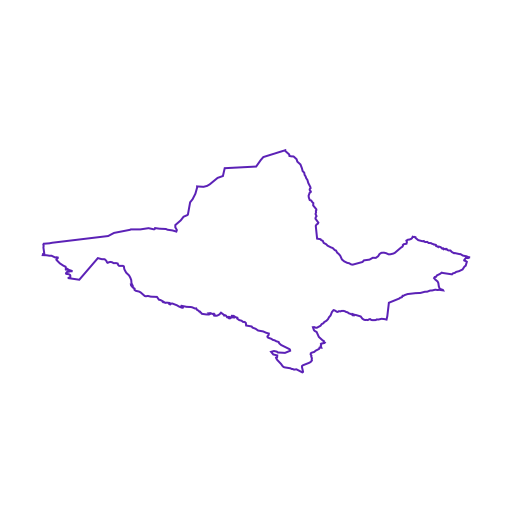 Samburu North, Rift Valley, Kenya, rotated 278°
{"feature_id": "3690345B53062225546696", "entity_name": "Samburu North", "entity_type": "district", "adm_level": 2, "iso_a3": "KEN", "parent_name": "Kenya", "parent_adm1": "Rift Valley", "projection": "equal_earth", "projection_center": [36.739, 1.705], "detail": "fine", "context": "isolated", "style": "outline", "palette": "violet", "viewbox_px": 512, "rotation_deg": 278, "n_neighbors": 0, "source": "geoboundaries", "source_scale": "gbopen_adm2", "svg_char_len": 6124}
<svg xmlns="http://www.w3.org/2000/svg" viewBox="0 0 512 512"><g transform="rotate(278 256 256)"><path d="M209.1,75.1L208.0,72.7L207.9,84.3L231.9,99.7L231.4,103.6L231.7,106.3L231.5,107.0L230.2,108.6L228.9,109.4L228.6,110.1L229.5,111.5L229.9,112.9L229.7,114.6L229.1,115.9L229.5,118.4L229.3,120.1L227.9,120.8L227.2,121.8L227.7,125.6L227.3,126.6L224.7,127.4L223.5,128.2L221.4,129.8L219.1,133.0L217.1,134.5L214.8,135.8L211.7,136.5L209.9,137.7L210.1,136.2L209.5,136.4L207.7,138.4L206.8,140.3L205.7,140.3L205.4,140.6L204.8,141.9L204.5,145.1L203.9,146.8L200.9,151.4L200.8,152.6L201.4,154.5L201.1,157.5L201.7,163.6L199.2,166.0L199.1,167.5L198.3,169.7L198.0,170.4L197.5,170.2L197.3,170.5L197.4,172.0L197.0,172.5L197.0,173.0L197.4,174.1L197.5,177.7L197.0,176.7L196.7,176.6L196.3,176.8L196.1,177.8L197.1,178.7L197.3,179.8L196.2,184.5L195.2,186.9L194.5,189.9L194.6,190.7L194.9,190.8L195.4,190.6L196.0,189.0L196.3,189.1L196.0,194.4L196.4,198.5L196.3,200.0L195.5,202.9L195.8,204.1L194.6,204.9L193.8,206.8L193.2,207.4L193.1,208.4L192.4,208.7L192.2,209.5L191.3,210.3L191.2,211.0L191.2,214.7L191.5,217.5L192.0,218.3L192.7,217.3L193.1,218.8L192.5,221.3L193.0,222.3L192.5,223.0L191.5,222.6L191.1,222.9L191.3,225.0L191.7,226.1L193.0,227.9L195.0,229.2L193.4,232.1L192.6,232.8L193.1,233.4L192.7,234.7L191.4,235.8L192.0,237.6L191.9,238.3L190.8,237.5L190.5,238.1L190.8,239.3L191.9,240.3L192.0,242.3L192.7,241.9L193.1,240.4L193.4,240.4L193.6,242.2L192.6,244.2L192.3,246.1L191.4,246.1L190.2,248.3L189.9,250.7L188.9,252.4L189.1,253.5L189.0,254.2L188.2,255.3L185.8,255.9L185.6,261.5L184.6,262.5L183.9,265.7L182.5,268.4L182.3,273.6L181.4,276.7L181.0,279.5L179.5,279.5L178.0,278.5L177.5,278.6L176.8,279.4L176.1,282.8L175.3,284.2L175.1,286.2L174.4,287.9L174.0,290.4L172.8,291.1L171.4,293.2L168.4,302.2L167.7,302.8L166.9,303.0L164.1,298.2L163.5,291.0L164.2,289.9L164.4,287.0L163.2,284.3L160.9,286.8L160.5,290.9L158.8,291.0L158.3,290.8L158.1,290.0L157.6,290.2L156.1,291.4L152.6,295.8L150.7,297.6L149.9,298.8L149.7,300.0L149.6,305.7L149.1,307.0L149.2,308.0L148.8,309.5L149.4,311.8L147.2,318.1L147.6,318.6L147.9,318.7L152.6,316.9L153.5,316.9L154.4,317.8L157.5,323.3L158.6,324.8L160.3,325.9L161.6,325.5L162.6,325.6L164.0,324.7L165.0,324.8L166.1,323.8L167.3,323.8L168.1,324.8L169.1,327.0L170.6,328.3L172.7,331.3L174.2,331.7L174.3,333.5L176.1,332.6L176.9,332.9L178.0,332.5L178.4,332.9L178.8,334.3L179.4,335.9L179.8,336.2L180.5,335.0L181.2,335.0L181.8,333.6L184.6,329.5L189.2,326.6L190.0,324.5L190.8,323.6L193.4,322.3L193.7,323.5L193.3,325.1L193.4,326.2L195.9,329.6L197.7,330.5L198.8,332.1L200.0,332.7L201.7,334.8L203.5,336.1L205.5,336.8L207.4,338.1L211.1,339.0L213.2,340.3L213.1,341.4L212.0,343.9L212.0,344.7L212.9,345.8L212.9,347.3L213.5,348.3L213.8,350.1L213.7,351.5L213.1,353.1L213.0,354.5L212.2,355.8L211.6,358.8L210.7,360.2L210.8,360.9L211.8,360.4L211.4,362.2L211.5,363.0L210.7,368.1L208.7,370.1L207.9,371.9L207.8,373.1L208.1,374.2L208.1,375.6L209.0,376.8L209.4,377.7L208.7,379.1L208.7,380.2L209.2,383.5L210.0,384.4L210.1,386.0L211.3,389.1L211.4,391.9L211.2,394.1L214.7,394.4L228.2,394.1L233.9,403.9L234.6,404.4L235.5,406.2L237.0,406.7L237.0,407.5L237.9,408.5L239.4,411.4L241.4,419.1L242.3,424.0L244.1,428.2L244.5,430.5L246.0,433.2L246.4,435.3L247.6,438.2L247.6,440.7L248.0,442.0L248.0,446.1L248.4,445.8L249.1,442.5L251.3,441.3L254.6,440.3L256.0,439.4L257.7,436.7L258.9,435.4L260.0,435.9L260.4,437.1L262.0,437.9L263.8,440.6L265.4,442.3L265.2,443.1L265.1,452.6L266.1,453.3L267.1,455.4L268.1,456.4L269.2,459.1L271.4,462.4L274.5,463.9L275.6,465.0L279.6,465.6L280.2,464.5L280.4,463.0L280.8,462.7L283.2,464.0L283.5,466.4L284.3,467.5L284.4,468.2L284.5,466.0L285.0,464.6L285.2,460.8L286.3,458.3L286.2,457.2L286.6,452.3L286.3,451.8L287.3,449.2L288.5,447.8L288.3,445.8L288.6,444.7L289.5,443.8L289.0,443.1L289.4,442.5L289.3,441.8L288.7,440.9L289.0,440.4L289.7,440.0L289.3,439.2L290.5,437.6L290.8,435.6L290.7,435.2L290.3,435.1L290.9,433.9L290.8,433.3L291.0,432.9L292.0,432.6L292.2,431.3L292.0,430.8L292.3,430.4L292.7,428.3L293.1,427.5L292.9,425.1L293.8,423.6L293.4,422.0L293.6,420.6L294.2,420.1L293.8,418.7L294.3,414.4L296.1,411.5L296.8,411.3L297.0,410.2L296.7,409.2L296.9,408.5L295.2,407.9L294.6,407.3L293.7,405.8L293.3,404.2L292.2,402.8L290.8,403.5L289.1,403.3L288.2,400.6L287.3,399.9L286.7,400.1L285.6,399.7L284.6,398.5L278.4,393.0L277.5,391.6L276.4,388.8L276.1,387.1L276.9,384.4L277.1,382.2L276.6,379.7L275.1,378.0L272.8,377.0L270.8,374.9L270.5,371.9L268.2,368.9L266.7,363.5L264.9,362.3L260.9,353.0L260.9,351.4L261.8,349.2L261.9,347.3L263.0,344.0L264.5,341.6L268.1,339.3L269.7,337.4L270.6,335.9L272.5,334.5L272.8,333.2L274.6,330.8L274.9,329.2L276.2,325.4L277.4,323.9L278.4,321.2L280.3,320.0L280.8,318.3L281.6,317.6L281.7,314.1L294.1,311.0L295.5,311.5L296.7,312.8L297.7,313.1L301.2,309.7L302.5,309.7L303.9,310.4L305.9,309.1L307.6,309.4L308.9,309.0L309.9,309.4L310.7,309.2L314.0,305.6L316.4,305.4L317.2,304.2L318.6,303.0L318.9,301.4L321.2,300.2L322.9,299.7L326.0,300.3L326.9,301.3L327.6,301.3L328.2,300.4L329.1,299.9L330.0,300.0L330.8,300.6L331.9,300.2L335.6,297.6L338.5,296.3L340.0,294.9L341.8,294.0L343.0,292.9L345.3,292.1L346.5,290.4L349.2,289.3L352.8,287.3L355.2,283.8L357.5,282.7L359.6,279.7L359.8,279.0L359.6,277.7L359.7,275.2L361.2,274.7L364.1,270.3L364.8,270.2L355.0,249.5L351.6,247.3L344.6,243.7L338.6,212.8L330.6,212.1L328.0,207.1L320.5,200.2L318.6,197.8L317.2,194.4L316.7,188.0L315.9,188.2L309.2,187.3L303.4,185.3L300.0,183.3L287.6,182.8L287.0,182.4L284.8,178.8L280.8,176.5L275.4,171.8L273.2,172.1L270.7,174.0L269.1,173.7L269.7,169.7L269.7,164.7L270.2,163.0L269.6,156.6L269.6,152.2L268.8,152.1L268.2,151.3L268.6,145.7L266.2,137.6L264.9,128.3L264.4,127.6L259.1,112.2L255.2,106.8L240.8,52.5L239.8,49.6L238.6,44.1L237.6,43.8L236.6,44.3L234.8,44.3L228.9,46.0L228.5,44.9L227.2,44.7L227.6,48.6L227.5,51.5L227.8,53.5L226.6,57.3L227.0,58.6L226.9,59.9L226.4,60.0L224.8,58.8L224.3,59.0L221.4,62.8L219.6,66.6L218.9,68.9L217.6,69.4L217.1,70.6L216.3,69.5L216.1,69.6L216.2,72.6L215.7,75.3L215.2,76.4L215.2,72.4L214.5,73.0L213.8,71.0L212.9,70.4L212.2,70.3L211.9,70.6L211.9,73.1L211.4,74.4L210.9,74.8L209.1,75.1Z" fill="none" stroke="#5b21b6" stroke-width="2"/></g></svg>